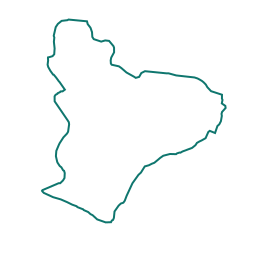 the district of Santa Rosa de Lima, Santa Rosa, Guatemala, rotated 281°
{"feature_id": "79465075B80857552483649", "entity_name": "Santa Rosa de Lima", "entity_type": "district", "adm_level": 2, "iso_a3": "GTM", "parent_name": "Guatemala", "parent_adm1": "Santa Rosa", "projection": "albers", "projection_center": [-90.338, 14.435], "detail": "fine", "context": "isolated", "style": "outline", "palette": "teal", "viewbox_px": 256, "rotation_deg": 281, "n_neighbors": 0, "source": "geoboundaries", "source_scale": "gbopen_adm2", "svg_char_len": 1929}
<svg xmlns="http://www.w3.org/2000/svg" viewBox="0 0 256 256"><g transform="rotate(281 128 128)"><path d="M32.3,129.3L34.1,129.8L35.0,130.9L37.1,131.3L43.5,130.7L50.0,133.6L52.5,135.4L53.1,136.5L53.8,137.7L56.0,138.7L61.2,139.6L74.6,142.9L84.0,147.2L86.7,149.2L93.5,151.8L95.4,155.6L97.6,158.4L98.0,159.1L98.9,160.5L102.9,163.8L104.8,165.3L107.5,167.9L109.6,172.3L110.5,174.2L111.5,180.2L112.4,180.9L113.7,183.2L113.8,184.2L115.3,185.9L120.7,194.7L124.0,197.5L126.5,198.5L128.5,200.8L129.8,202.6L132.8,206.1L139.4,207.6L140.8,208.8L139.7,214.4L147.0,215.4L149.0,216.9L152.4,217.9L157.8,217.8L159.7,217.1L161.8,217.3L166.3,220.0L168.3,219.3L170.0,215.4L173.6,215.4L174.8,214.6L178.6,213.9L180.0,202.5L183.2,198.1L185.5,196.1L187.3,193.5L188.3,191.6L189.2,189.1L189.9,186.8L190.3,183.6L188.8,165.3L189.4,157.4L189.0,155.4L187.0,133.8L184.5,130.6L180.3,129.2L178.7,126.0L179.4,124.4L182.2,115.9L185.6,110.0L186.8,107.3L187.0,99.9L188.0,98.9L191.1,98.1L193.9,98.1L199.6,99.9L204.1,99.0L205.6,98.1L209.9,92.8L209.6,88.9L207.7,85.2L208.7,77.4L210.6,75.6L215.2,74.4L218.5,72.5L219.3,72.0L222.3,68.6L224.9,67.4L223.1,48.9L222.3,48.0L220.5,42.4L216.8,39.3L213.2,37.8L204.3,37.5L202.8,38.4L198.5,38.8L192.0,40.8L186.3,41.5L184.1,40.2L182.9,37.9L182.0,36.0L180.8,36.2L179.1,36.7L174.8,37.0L172.6,38.1L169.3,40.9L166.1,44.3L166.1,45.0L163.9,47.7L161.6,50.2L160.6,51.2L160.2,51.9L153.6,58.7L151.5,56.8L151.0,54.8L150.2,54.4L148.7,52.3L148.1,52.2L146.8,50.6L145.1,49.9L140.2,50.9L124.0,67.3L122.4,68.8L120.4,69.5L112.9,69.9L110.9,69.2L106.5,66.4L100.0,63.8L98.1,63.3L91.9,62.0L86.6,62.6L81.4,64.9L80.6,65.4L77.7,68.2L76.7,70.1L74.1,72.4L73.8,73.4L71.7,74.5L66.8,75.2L64.1,74.2L60.9,72.0L60.6,70.5L50.7,55.9L49.9,55.6L49.1,56.5L48.2,57.8L45.8,67.7L45.1,75.6L43.6,82.4L42.1,87.9L41.4,92.5L40.7,93.4L39.6,99.5L39.0,100.2L37.9,105.0L36.3,107.6L35.7,109.8L32.4,115.2L31.1,124.1L32.3,129.3Z" fill="none" stroke="#0f766e" stroke-width="2"/></g></svg>